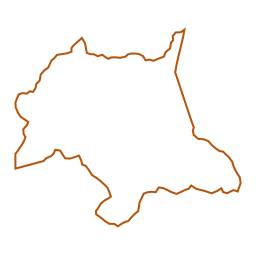 Buerarema, Bahia, Brazil
{"feature_id": "56859067B44754949051555", "entity_name": "Buerarema", "entity_type": "district", "adm_level": 2, "iso_a3": "BRA", "parent_name": "Brazil", "parent_adm1": "Bahia", "projection": "mercator", "projection_center": [-39.271, -14.997], "detail": "fine", "context": "isolated", "style": "outline", "palette": "amber", "viewbox_px": 256, "rotation_deg": 0, "n_neighbors": 0, "source": "geoboundaries", "source_scale": "gbopen_adm2", "svg_char_len": 1914}
<svg xmlns="http://www.w3.org/2000/svg" viewBox="0 0 256 256"><path d="M237.6,191.5L240.6,183.3L239.8,177.4L237.4,173.7L235.5,170.5L233.8,166.9L232.1,161.5L228.8,157.1L225.7,154.3L223.2,151.7L219.6,151.1L215.8,148.5L211.5,144.8L208.3,141.1L203.8,139.3L198.3,138.9L193.8,135.0L192.8,130.7L193.8,127.5L191.2,120.3L189.9,116.4L175.2,72.3L176.6,64.3L183.3,36.1L184.4,29.7L180.9,32.2L175.6,32.5L172.7,36.2L173.2,40.1L171.0,42.6L170.0,48.6L165.7,52.0L163.8,56.7L159.3,58.3L153.5,60.8L149.6,59.6L145.6,60.3L142.9,56.0L138.9,54.0L134.8,53.5L131.3,53.5L127.8,54.5L125.4,56.7L120.1,57.8L115.1,57.3L111.3,57.4L108.5,58.8L105.6,57.3L102.2,54.7L97.7,56.2L93.8,54.2L90.4,54.2L86.8,52.9L85.8,47.6L85.0,43.2L81.9,38.0L73.5,45.5L71.5,48.0L71.5,51.7L67.2,53.3L61.4,54.2L56.9,54.9L54.3,58.2L51.4,60.6L49.9,63.9L47.9,68.0L44.5,70.2L40.7,74.6L39.7,80.5L36.4,83.9L35.4,88.3L33.1,91.9L29.7,91.3L26.9,93.6L22.5,93.1L18.8,94.4L17.1,98.1L15.5,102.5L15.7,107.5L18.1,112.8L20.3,116.5L23.5,118.7L28.2,121.9L26.9,125.2L23.3,129.2L23.6,134.0L25.5,137.0L24.1,140.7L22.4,143.9L20.1,147.3L17.6,151.2L15.4,153.8L15.4,164.8L15.5,168.6L43.6,161.0L46.3,158.1L50.9,156.2L53.5,153.8L55.3,149.8L60.3,150.7L62.0,153.7L65.2,158.3L69.9,158.6L74.4,157.2L78.9,155.6L81.1,160.1L82.3,164.7L85.8,165.9L88.6,169.7L92.2,175.2L96.5,177.9L100.1,180.7L102.4,182.8L105.0,185.1L107.5,187.8L109.2,191.8L110.9,196.6L107.7,198.8L104.6,200.4L100.8,203.6L98.2,208.1L96.0,210.9L96.1,214.3L100.8,217.6L104.9,221.0L109.4,223.9L114.3,223.9L117.9,226.3L121.4,223.9L125.0,222.0L128.3,221.0L131.4,217.3L134.6,214.1L138.2,211.1L139.5,202.7L141.6,198.1L143.7,193.7L147.2,192.3L151.6,191.8L155.7,192.2L158.8,187.4L163.4,188.2L166.5,189.6L171.0,191.9L176.4,193.9L180.6,192.1L185.1,189.9L188.8,188.7L191.2,185.5L196.4,188.9L200.5,189.9L205.5,191.2L211.7,193.3L217.5,190.8L221.4,188.3L223.1,192.1L227.1,193.2L233.5,190.1L237.6,191.5Z" fill="none" stroke="#b45309" stroke-width="2"/></svg>